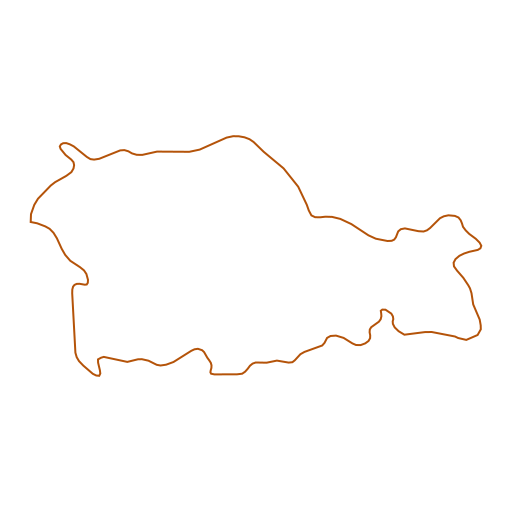 SVG path tracing the border of Neamt
{"feature_id": "ROU-309", "entity_name": "Neamt", "entity_type": "County", "adm_level": 1, "iso_a3": "ROU", "parent_name": "Romania", "parent_adm1": "", "projection": "robinson", "projection_center": [26.462, 46.963], "detail": "fine", "context": "isolated", "style": "outline", "palette": "amber", "viewbox_px": 512, "rotation_deg": 0, "n_neighbors": 0, "source": "natural_earth", "source_scale": "10m", "svg_char_len": 2495}
<svg xmlns="http://www.w3.org/2000/svg" viewBox="0 0 512 512"><path d="M84.8,284.7L86.7,284.5L87.8,282.8L88.0,279.9L86.4,274.0L84.0,270.4L79.9,267.1L70.3,260.8L65.2,254.9L61.7,248.8L56.9,238.3L53.5,232.8L49.6,228.8L45.3,226.4L37.2,223.3L30.7,222.0L31.0,214.1L34.3,204.8L38.0,198.7L50.8,185.5L55.2,182.1L66.4,175.8L71.4,172.1L73.5,168.5L74.1,165.2L73.5,162.2L71.3,159.6L65.6,155.0L60.6,148.9L59.8,146.4L61.0,144.4L63.2,143.2L66.3,143.1L69.8,144.3L73.8,146.4L86.8,156.9L90.4,159.1L94.1,159.6L99.2,158.8L120.2,150.4L124.4,150.1L128.4,151.3L132.0,153.4L136.7,154.8L142.2,154.9L157.0,151.6L189.3,151.8L199.7,149.6L226.6,137.6L233.1,136.2L238.9,136.3L244.5,137.3L249.5,139.2L253.6,142.0L263.7,151.8L283.6,168.4L298.2,186.7L306.8,204.8L308.8,210.5L311.4,215.4L315.1,217.2L320.1,217.3L325.4,216.7L332.1,216.9L340.3,218.9L351.4,224.1L368.4,235.3L375.8,238.7L387.5,241.0L391.7,240.8L394.2,239.6L395.9,237.3L398.2,231.4L400.8,229.2L404.9,228.4L418.5,231.2L423.6,231.5L427.0,230.3L430.1,228.0L440.0,218.2L443.8,216.3L448.4,215.3L454.9,215.9L458.5,217.5L460.7,220.3L462.0,223.5L463.0,226.8L465.7,230.4L469.2,233.9L475.8,238.8L479.6,242.6L481.3,245.8L480.4,248.3L477.8,249.9L469.3,251.8L464.1,253.5L459.4,255.8L455.5,259.1L453.6,262.7L454.0,266.4L457.1,270.7L463.3,277.8L468.3,285.3L470.0,288.4L471.5,293.2L473.2,304.4L479.7,319.6L480.7,325.3L480.8,329.3L477.6,335.0L466.3,339.9L458.1,338.0L455.0,336.5L431.7,332.0L424.8,332.1L404.4,334.7L398.6,331.2L394.7,327.4L392.9,323.9L392.7,321.4L393.3,319.1L392.9,316.4L391.3,313.6L385.5,309.7L382.3,309.6L380.8,310.8L381.2,313.5L381.4,316.2L380.7,319.2L378.9,321.7L371.2,327.2L369.8,329.5L369.6,332.3L370.2,335.3L370.1,338.2L368.5,341.0L365.2,343.4L360.6,345.1L356.0,345.0L352.4,343.4L343.6,337.9L336.0,335.6L330.5,336.0L327.1,337.9L324.5,342.9L322.2,345.5L304.5,351.9L300.4,354.2L294.8,360.3L292.4,362.2L288.7,362.6L276.9,360.6L266.6,362.7L255.7,362.5L252.6,363.6L250.0,365.7L247.7,368.8L245.1,371.7L242.2,373.7L237.2,374.3L214.4,374.4L211.1,373.7L210.4,372.3L210.7,370.4L211.4,367.9L211.5,365.3L210.8,362.8L209.2,360.3L207.3,357.7L204.1,352.1L202.1,350.2L197.9,348.8L194.5,349.3L191.3,350.8L173.5,362.0L166.1,364.7L160.5,365.5L156.7,364.8L148.5,360.7L141.9,359.2L137.9,359.3L127.3,361.9L103.8,356.9L101.1,357.7L98.0,359.4L98.1,362.7L99.9,370.3L100.3,373.5L99.2,375.8L96.2,375.5L92.8,373.8L83.3,365.6L79.0,361.1L76.7,357.2L75.4,352.7L72.2,293.3L72.3,289.5L73.1,286.6L74.5,284.9L76.7,283.9L79.6,283.8L84.8,284.7Z" fill="none" stroke="#b45309" stroke-width="2"/></svg>